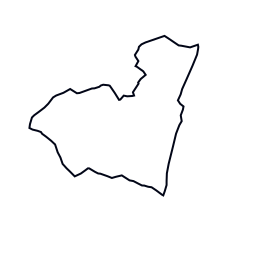 Gouré, Zinder, Niger (Natural Earth projection), rotated 71°
{"feature_id": "23599985B20082731758941", "entity_name": "Gouré", "entity_type": "district", "adm_level": 2, "iso_a3": "NER", "parent_name": "Niger", "parent_adm1": "Zinder", "projection": "natural_earth1", "projection_center": [10.132, 14.056], "detail": "fine", "context": "isolated", "style": "outline", "palette": "ink", "viewbox_px": 256, "rotation_deg": 71, "n_neighbors": 0, "source": "geoboundaries", "source_scale": "gbopen_adm2", "svg_char_len": 1337}
<svg xmlns="http://www.w3.org/2000/svg" viewBox="0 0 256 256"><g transform="rotate(71 128 128)"><path d="M52.8,83.6L53.3,88.0L54.8,91.2L57.2,92.7L61.2,97.7L63.0,97.7L68.1,96.4L72.0,100.7L72.8,99.8L79.4,95.1L83.5,94.0L85.8,100.0L88.3,103.6L89.5,103.6L95.8,111.7L99.3,111.7L99.1,113.6L97.8,118.4L96.0,121.5L98.6,126.0L98.5,127.3L90.6,129.1L84.8,130.7L82.1,131.5L81.3,132.5L79.0,137.4L79.0,139.9L79.7,141.7L79.6,146.8L78.9,149.2L79.1,162.5L78.5,165.0L72.3,170.0L73.7,177.6L73.9,185.3L74.7,188.9L79.1,195.5L81.5,200.4L83.6,206.7L85.4,212.5L86.8,215.4L92.4,219.4L95.9,221.2L98.4,218.8L101.3,214.3L103.5,211.6L105.5,211.1L109.5,208.3L115.1,204.8L119.9,202.3L128.1,202.4L133.9,201.5L140.7,201.5L146.1,199.2L150.0,197.2L156.4,194.1L155.7,187.4L154.1,182.1L153.1,179.0L153.6,177.8L158.7,173.5L161.3,171.0L162.2,169.0L166.9,163.1L170.0,159.5L170.2,155.3L170.8,149.3L178.0,143.6L180.0,140.1L183.7,136.6L186.9,133.5L187.7,131.4L190.1,128.1L191.7,125.0L196.2,121.6L202.1,117.6L203.2,116.6L199.7,113.8L194.5,110.1L190.5,108.7L183.5,106.0L175.1,101.2L160.0,91.4L149.0,84.4L142.0,78.5L139.0,75.0L133.2,74.0L128.5,70.1L125.7,68.5L122.1,70.8L118.1,71.8L113.4,67.3L108.8,64.1L100.9,56.7L90.1,46.7L81.1,38.8L76.1,36.0L74.2,35.1L72.0,34.8L72.0,43.0L67.5,50.9L66.4,53.2L56.5,60.6L52.8,63.5L52.8,83.6Z" fill="none" stroke="#020617" stroke-width="2"/></g></svg>